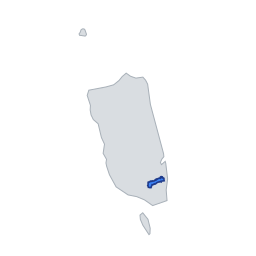 Canóvanas, Puerto Rico shown in context, rotated 73°
{"feature_id": "32010507B23731839572395", "entity_name": "Canóvanas", "entity_type": "district", "adm_level": 2, "iso_a3": "PRI", "parent_name": "Puerto Rico", "parent_adm1": "", "projection": "equal_earth", "projection_center": [-65.891, 18.333], "detail": "fine", "context": "in_parent", "style": "filled", "palette": "blue", "viewbox_px": 256, "rotation_deg": 73, "n_neighbors": 0, "source": "geoboundaries", "source_scale": "gbopen_adm2", "svg_char_len": 3149}
<svg xmlns="http://www.w3.org/2000/svg" viewBox="0 0 256 256"><g transform="rotate(73 128 128)"><path d="M167.8,104.9L170.4,107.1L172.8,106.7L170.8,102.2L172.7,102.2L188.3,105.0L198.4,109.6L208.8,111.9L209.4,127.1L201.5,133.3L196.2,139.7L192.0,147.5L180.8,156.6L167.3,159.4L158.4,159.6L155.0,159.3L151.7,157.7L145.0,159.2L136.6,155.2L129.4,156.2L115.2,155.3L109.8,158.7L104.7,159.5L99.7,158.9L95.4,157.3L84.9,157.5L80.4,154.4L82.3,137.0L82.5,129.1L79.9,122.6L77.1,118.5L75.0,113.7L79.2,110.5L82.6,105.9L83.7,98.9L87.4,97.2L91.8,96.4L112.0,99.7L163.0,101.5L165.9,102.1L167.8,104.9ZM225.4,142.2L219.0,142.9L214.8,142.0L213.4,138.7L221.2,135.6L230.3,136.1L235.5,137.9L236.1,139.1L225.4,142.2ZM25.1,147.2L24.4,147.3L23.6,147.2L23.3,146.9L22.7,145.9L20.4,144.2L19.9,142.7L20.4,141.1L21.4,140.5L26.1,140.3L26.6,140.5L27.5,141.6L27.5,142.4L27.1,143.1L26.2,145.0L25.9,145.5L25.6,146.0L25.5,146.9L25.1,147.2Z" fill="#d9dde1" stroke="#a8b0b8" stroke-width="1"/><path d="M185.1,124.1L185.3,124.2L185.7,124.6L185.8,124.7L186.1,124.6L186.3,124.7L186.3,124.8L186.6,124.9L186.9,125.1L187.5,125.0L187.8,125.2L188.0,125.5L188.4,125.6L188.7,126.0L189.0,125.9L189.2,126.0L189.5,125.6L190.0,125.6L190.5,125.8L190.5,125.7L191.0,125.4L191.0,125.2L191.3,124.7L191.5,124.6L191.6,124.0L191.6,123.7L191.8,123.5L191.6,123.3L191.4,123.3L191.3,123.1L191.1,123.1L191.0,122.8L190.7,122.8L190.3,122.4L190.1,122.1L189.9,122.0L189.8,121.7L189.7,121.5L189.2,121.5L189.3,121.2L189.4,120.9L189.5,120.8L189.6,120.6L189.5,120.0L189.5,119.8L189.2,119.8L189.1,119.6L189.1,119.4L189.1,119.0L189.1,118.9L189.5,118.9L189.5,118.6L189.6,118.4L189.3,117.3L189.2,117.2L188.9,117.0L188.8,116.9L188.8,116.7L188.7,116.3L188.8,116.0L188.6,115.8L188.7,115.7L188.7,115.1L188.6,114.7L188.7,114.3L188.5,114.1L188.5,113.9L188.8,113.6L188.7,113.4L188.8,113.2L188.8,112.9L188.7,112.8L188.8,112.7L189.2,112.4L189.3,112.2L188.8,112.2L188.5,112.2L188.5,111.8L188.6,111.4L188.6,111.2L188.8,110.8L188.7,110.6L188.8,110.2L188.8,109.8L188.9,109.3L189.1,109.2L189.1,108.8L188.7,108.8L188.3,108.7L187.6,108.6L187.3,108.6L187.2,108.5L186.6,108.3L185.8,109.7L185.4,109.2L185.0,109.5L185.0,109.8L184.8,109.7L184.6,109.6L184.4,110.0L184.2,110.3L184.1,110.5L184.2,110.8L184.2,111.1L184.3,111.3L184.7,111.4L184.8,111.3L185.1,111.6L185.4,111.7L185.3,111.8L185.2,112.0L185.5,112.1L185.3,112.4L185.2,112.8L185.1,112.7L185.0,112.9L185.2,113.1L185.2,113.4L185.2,113.5L185.2,113.9L185.1,114.0L185.1,114.4L185.3,114.9L185.3,115.1L185.2,115.3L185.3,115.3L185.3,115.5L185.2,115.6L185.0,115.9L185.3,116.1L185.5,115.9L185.5,116.1L185.8,115.8L185.9,116.0L185.8,116.3L186.1,116.7L186.1,116.8L186.1,117.2L186.1,117.3L185.8,117.7L185.8,117.9L185.9,118.3L186.2,118.3L186.3,118.5L186.3,118.9L186.3,119.0L186.5,119.0L186.3,119.1L186.1,119.1L186.2,119.5L186.2,119.8L185.9,119.9L185.7,120.0L185.8,120.3L185.8,120.6L185.8,120.9L186.0,121.1L185.9,121.3L185.7,121.3L185.5,121.5L185.5,121.3L185.4,121.3L185.3,121.5L185.5,122.2L185.7,122.4L185.8,122.4L185.9,122.7L185.8,122.9L185.9,123.1L185.8,123.4L185.9,123.6L186.0,123.7L186.0,123.9L185.9,124.0L185.6,123.9L185.2,124.1L185.1,124.1Z" fill="#3b82f6" stroke="#1e3a8a" stroke-width="1.5"/></g></svg>